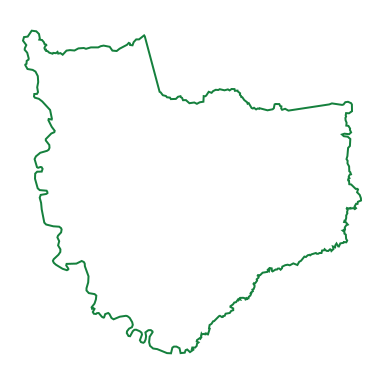 the district of Guajará-Mirim, Rondônia, Brazil
{"feature_id": "56859067B61607327438980", "entity_name": "Guajará-Mirim", "entity_type": "district", "adm_level": 2, "iso_a3": "BRA", "parent_name": "Brazil", "parent_adm1": "Rondônia", "projection": "mercator", "projection_center": [-64.555, -11.323], "detail": "fine", "context": "isolated", "style": "outline", "palette": "green", "viewbox_px": 384, "rotation_deg": 0, "n_neighbors": 0, "source": "geoboundaries", "source_scale": "gbopen_adm2", "svg_char_len": 5854}
<svg xmlns="http://www.w3.org/2000/svg" viewBox="0 0 384 384"><path d="M331.4,251.0L333.5,249.0L332.9,246.5L335.1,247.3L335.3,245.4L336.5,243.5L338.2,246.4L338.9,246.5L340.3,243.4L343.5,242.8L343.8,242.0L346.3,242.3L347.2,240.6L346.1,238.8L345.8,234.6L344.4,233.6L344.5,232.1L342.9,230.7L344.5,230.5L344.8,230.0L344.2,229.5L345.0,229.0L344.8,227.4L346.3,225.2L347.8,224.6L345.9,222.3L344.1,222.0L344.6,220.5L345.5,220.5L346.2,218.0L346.2,215.5L347.4,213.1L347.0,212.1L347.7,209.9L346.7,208.7L347.0,208.0L348.1,208.5L350.3,208.0L350.3,208.6L353.4,208.1L354.8,209.1L356.0,208.2L354.6,206.4L356.1,203.8L357.5,203.9L357.9,201.8L361.0,200.5L360.9,198.2L359.7,194.9L357.1,192.3L358.0,189.4L357.1,188.8L355.7,188.9L351.2,184.5L349.3,184.2L349.0,180.5L348.2,180.4L348.1,179.7L348.6,178.4L349.4,178.1L348.7,176.9L349.1,175.8L349.8,174.6L351.0,174.3L350.2,172.1L349.3,171.3L349.1,166.4L347.5,163.5L347.6,160.7L346.5,159.1L347.4,156.1L348.1,147.9L349.9,146.0L350.3,139.0L347.7,136.7L343.8,136.2L342.0,134.5L344.4,133.7L349.1,134.2L351.1,132.4L349.9,129.8L350.1,128.6L348.4,125.9L346.3,125.6L346.6,122.8L345.6,120.3L345.4,117.9L346.1,116.6L345.7,115.3L346.1,113.1L349.0,113.3L352.0,111.2L351.9,104.5L351.1,103.2L348.0,101.8L345.3,102.2L343.5,104.5L342.1,104.9L331.9,103.4L329.3,104.4L288.4,110.6L285.1,108.8L282.1,109.8L281.2,108.5L281.4,106.4L280.2,106.0L279.3,104.1L275.5,104.0L274.6,104.4L273.8,108.3L272.6,109.3L267.5,110.3L259.5,108.2L259.2,108.8L257.7,108.5L256.1,109.4L254.0,107.8L252.9,108.5L251.6,108.0L248.7,103.1L247.6,103.7L247.1,102.3L244.2,100.0L242.3,97.2L241.3,97.1L241.0,95.9L239.9,94.8L240.1,93.3L237.7,91.3L237.5,90.6L234.9,90.8L234.5,89.1L231.6,89.0L229.6,90.4L227.9,89.4L224.5,90.3L219.7,89.2L218.3,90.0L215.7,89.8L213.1,91.1L211.6,92.8L208.7,91.8L206.2,95.6L205.1,96.3L203.7,96.1L203.4,101.7L199.7,102.3L196.9,103.8L194.3,102.5L189.4,103.2L185.9,100.1L183.0,100.2L182.1,97.9L180.9,97.2L180.5,96.2L178.0,96.8L175.9,98.9L170.9,99.1L169.9,97.6L167.0,97.3L165.9,96.0L162.8,95.2L160.7,92.4L159.6,91.8L144.8,36.4L144.1,35.4L139.0,39.4L136.2,39.4L133.7,42.1L132.5,45.3L130.1,45.0L129.9,43.5L128.8,42.9L127.0,44.8L119.6,48.7L116.7,51.0L112.4,50.6L109.7,46.8L103.6,45.6L100.7,46.2L98.2,47.4L90.9,47.4L86.0,48.8L83.8,48.0L78.4,48.4L74.5,50.5L70.0,50.1L66.5,50.6L62.7,54.7L60.4,53.1L58.2,53.6L57.5,51.9L55.9,53.2L53.2,52.9L52.6,53.7L49.3,52.7L47.5,51.1L46.2,51.0L46.0,49.6L45.0,49.6L44.4,48.0L45.4,45.9L46.3,45.3L46.2,44.7L44.4,43.9L44.0,42.4L42.0,40.0L39.3,39.6L39.8,38.4L39.0,34.0L36.3,31.3L31.7,30.7L27.7,36.6L24.0,37.1L23.0,40.7L26.3,45.1L24.8,48.3L24.7,49.8L27.2,52.7L28.7,58.4L28.5,59.6L26.7,60.9L26.5,63.8L25.3,64.6L25.3,65.2L27.5,69.0L32.7,69.9L35.5,71.6L37.8,76.1L38.2,82.1L37.2,87.3L38.0,92.1L37.0,93.9L34.3,94.0L34.0,96.5L34.9,97.7L38.8,98.8L42.2,101.4L50.1,110.0L51.9,118.8L51.7,119.5L48.7,119.0L48.4,120.2L51.7,126.8L54.7,130.8L54.3,132.2L51.3,133.5L45.8,139.1L45.8,140.5L49.3,145.0L49.5,147.8L48.7,149.7L47.1,150.8L40.2,152.8L35.9,156.4L34.6,159.1L37.0,167.2L38.1,167.8L40.4,167.0L41.6,167.2L42.6,168.9L41.7,171.6L37.1,171.7L35.2,173.6L35.0,178.7L37.7,188.3L39.7,190.1L46.6,190.7L47.4,192.1L47.4,193.2L46.1,194.0L40.7,194.9L39.7,197.7L41.1,202.9L41.7,209.3L44.3,222.6L46.1,224.5L53.3,226.3L59.2,226.7L61.1,228.2L61.6,229.5L61.1,232.4L58.0,235.7L57.4,237.4L59.2,241.2L58.1,245.4L60.4,249.3L60.3,252.0L58.4,254.8L53.7,259.2L52.9,260.9L53.8,262.8L55.9,264.7L62.6,268.8L66.9,270.2L68.3,269.4L68.3,268.6L66.2,265.4L66.6,263.9L76.4,263.6L81.7,261.0L83.8,262.0L84.7,263.5L84.9,266.3L88.5,276.3L88.2,282.4L86.5,288.2L86.5,290.5L88.8,293.1L94.6,294.1L96.3,295.6L95.9,299.4L94.5,303.6L91.6,307.3L92.1,308.8L93.4,308.1L94.5,308.9L92.8,312.0L93.8,313.7L95.9,314.0L96.9,313.2L98.7,313.0L101.9,316.8L103.4,317.6L104.1,317.4L105.2,314.1L108.2,313.0L109.4,314.0L111.5,318.0L113.6,319.3L119.8,316.7L126.0,315.8L127.5,316.2L129.7,317.9L132.2,322.2L132.8,324.9L131.9,327.2L129.0,328.7L127.0,331.3L126.8,333.1L128.5,336.0L130.1,336.2L132.8,331.2L134.4,329.8L136.1,329.7L139.7,331.2L141.5,332.6L142.0,334.6L139.9,340.2L141.0,342.1L143.3,342.8L144.4,342.1L145.6,339.5L146.1,336.1L145.4,332.4L148.4,330.2L150.8,330.1L152.5,331.4L152.6,332.2L149.7,336.7L149.1,342.1L150.0,345.8L153.1,348.5L157.2,349.1L167.0,353.1L171.0,353.3L172.4,347.6L173.9,346.6L176.5,346.6L179.5,348.2L180.6,353.1L184.7,352.7L185.7,350.1L187.2,349.5L190.0,352.1L193.4,349.7L192.8,348.5L192.0,348.7L192.3,347.5L195.1,347.6L196.7,345.9L197.0,343.8L198.5,342.4L196.7,341.5L197.0,340.1L199.8,338.1L200.4,338.7L201.4,337.1L201.0,336.1L201.5,333.9L201.9,334.6L203.1,333.9L205.2,334.3L205.5,333.4L206.3,333.5L207.5,333.6L207.4,334.3L208.0,334.4L209.7,328.7L209.0,328.5L209.6,325.0L211.5,323.8L213.1,321.3L214.1,321.1L219.1,316.1L219.9,315.8L222.0,317.1L222.9,316.9L223.1,316.1L224.7,315.8L225.6,313.7L229.7,313.0L231.2,310.9L233.2,310.2L233.2,308.4L230.4,306.9L230.5,306.1L232.9,304.5L234.3,302.5L236.0,302.2L238.0,299.5L238.5,300.2L239.2,299.3L240.1,299.5L239.5,298.5L240.0,297.9L243.2,297.8L245.0,298.3L245.4,299.2L246.0,298.5L246.3,299.2L247.0,299.1L246.9,298.1L248.5,298.3L248.8,296.8L250.4,295.5L251.2,293.5L250.6,293.3L250.9,292.6L252.9,291.2L252.4,289.6L253.6,289.1L254.5,286.9L254.6,285.7L253.5,283.9L254.0,283.2L254.7,283.7L255.3,283.1L257.1,280.6L256.7,279.3L258.4,277.8L258.8,276.6L257.7,275.7L258.0,275.1L260.2,275.1L262.6,272.7L267.3,271.9L267.8,270.7L269.0,271.4L269.5,269.4L268.4,269.2L269.6,268.0L271.7,268.4L271.9,270.9L272.6,271.4L275.6,269.5L277.0,269.5L277.8,268.6L279.3,268.5L280.6,269.7L282.0,268.2L282.3,266.6L285.2,265.2L287.6,264.7L289.8,265.3L293.3,263.4L297.4,265.0L299.2,261.8L301.0,260.8L304.4,256.6L305.9,257.0L307.7,255.3L309.7,254.8L310.2,255.3L311.6,254.3L315.9,253.0L316.6,253.7L318.1,253.8L319.5,253.0L321.5,253.0L322.1,250.5L324.0,250.3L324.6,249.2L326.4,250.8L328.2,251.0L330.1,249.3L330.9,249.7L331.4,251.0Z" fill="none" stroke="#15803d" stroke-width="2"/></svg>